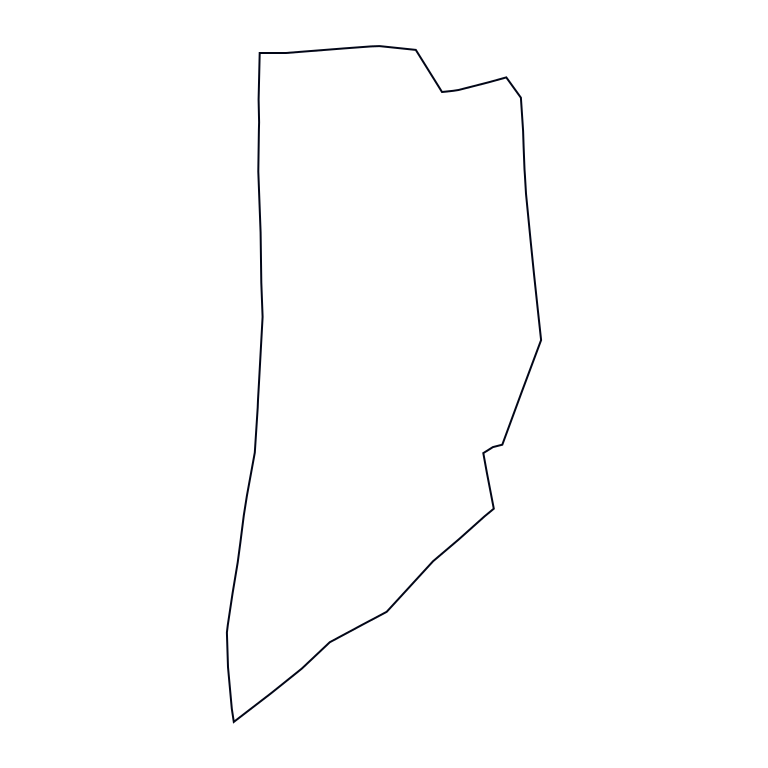 Alagoinha do Piauí, Piauí, Brazil
{"feature_id": "56859067B21124147099075", "entity_name": "Alagoinha do Piauí", "entity_type": "district", "adm_level": 2, "iso_a3": "BRA", "parent_name": "Brazil", "parent_adm1": "Piauí", "projection": "mercator", "projection_center": [-40.918, -6.952], "detail": "fine", "context": "isolated", "style": "outline", "palette": "ink", "viewbox_px": 768, "rotation_deg": 0, "n_neighbors": 0, "source": "geoboundaries", "source_scale": "gbopen_adm2", "svg_char_len": 833}
<svg xmlns="http://www.w3.org/2000/svg" viewBox="0 0 768 768"><path d="M502.3,444.7L521.6,392.3L541.1,340.1L537.8,309.7L534.0,274.1L530.7,241.6L526.0,193.7L524.9,175.1L524.5,169.4L523.6,146.4L523.1,131.0L520.9,97.7L506.3,77.4L488.6,82.3L458.5,90.0L453.3,90.8L442.0,92.0L439.1,87.3L415.8,49.9L379.5,46.1L371.1,46.4L344.2,48.4L285.6,53.0L259.7,53.0L258.6,99.5L259.1,122.4L258.9,129.8L258.3,171.5L260.6,232.5L261.3,282.7L262.6,316.9L258.9,384.3L258.0,400.0L257.7,407.7L254.8,452.6L246.9,495.8L243.8,515.4L240.4,542.3L237.7,562.5L232.6,593.1L227.8,625.0L226.9,632.5L228.0,667.1L231.8,708.7L233.8,721.9L271.4,693.0L301.8,668.6L329.8,642.2L362.4,624.7L386.7,611.8L410.1,586.3L414.3,581.7L433.1,561.2L459.1,539.1L484.6,516.3L493.8,508.7L486.9,472.9L483.3,453.1L492.9,447.1L502.3,444.7Z" fill="none" stroke="#020617" stroke-width="2"/></svg>